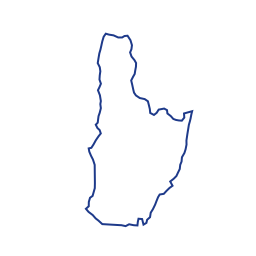 Itamari, Bahia, Brazil (Natural Earth projection), rotated 161°
{"feature_id": "56859067B3442577657956", "entity_name": "Itamari", "entity_type": "district", "adm_level": 2, "iso_a3": "BRA", "parent_name": "Brazil", "parent_adm1": "Bahia", "projection": "natural_earth1", "projection_center": [-39.673, -13.781], "detail": "fine", "context": "isolated", "style": "outline", "palette": "blue", "viewbox_px": 256, "rotation_deg": 161, "n_neighbors": 0, "source": "geoboundaries", "source_scale": "gbopen_adm2", "svg_char_len": 1667}
<svg xmlns="http://www.w3.org/2000/svg" viewBox="0 0 256 256"><g transform="rotate(161 128 128)"><path d="M118.3,224.4L121.3,222.2L124.1,218.3L126.6,214.2L128.6,211.0L130.8,207.9L133.0,203.9L135.5,199.2L134.9,194.7L135.7,190.6L137.6,186.9L139.2,183.1L139.2,178.7L141.7,175.9L144.1,173.5L143.9,168.1L144.9,162.3L146.4,159.6L147.2,155.6L149.8,151.6L152.0,148.8L153.3,146.2L154.9,142.9L157.4,141.6L156.9,137.9L155.5,135.3L155.5,131.7L158.5,129.8L162.4,126.9L165.8,123.8L169.1,121.2L171.8,121.5L172.3,118.2L172.0,113.8L171.4,109.6L171.5,104.0L177.3,86.5L179.0,81.9L183.6,75.3L186.6,74.4L189.1,70.9L190.6,66.8L194.1,65.3L192.6,61.5L189.7,57.2L188.0,53.0L186.1,50.1L183.6,45.5L168.3,39.2L165.8,38.2L162.2,36.0L158.3,36.6L154.2,34.2L150.8,32.8L149.3,36.0L147.6,38.8L144.3,37.3L144.8,31.6L141.5,32.3L139.8,35.0L136.2,36.5L134.1,40.5L130.8,43.2L127.3,46.7L124.8,49.7L122.1,52.8L119.7,54.8L115.6,54.1L112.1,56.0L108.3,57.8L104.7,58.9L105.5,63.7L101.4,65.1L97.9,66.8L95.4,69.4L92.4,72.4L90.6,76.2L88.3,78.8L86.5,82.8L82.8,86.0L80.5,89.1L78.1,93.2L76.8,97.2L73.8,103.0L71.8,106.7L69.4,111.2L67.3,114.2L65.7,116.7L63.7,120.2L61.9,123.0L70.3,123.5L71.4,119.5L74.7,117.4L77.5,118.6L80.0,120.0L82.2,121.8L83.7,125.4L86.0,128.9L85.3,132.2L87.5,134.6L93.0,135.4L96.0,133.0L99.2,131.9L102.1,135.0L101.2,138.8L100.8,142.9L100.5,146.8L102.8,149.9L107.1,152.5L109.9,156.2L110.8,159.5L110.5,162.7L109.9,167.8L109.5,171.9L106.4,174.9L104.1,176.9L102.5,179.9L100.5,183.4L99.2,186.8L99.8,190.1L101.4,194.4L101.4,198.8L99.1,201.4L97.3,205.0L97.1,210.2L98.4,215.4L101.4,216.1L104.1,215.5L107.8,216.8L111.5,220.3L115.6,222.5L118.3,224.4Z" fill="none" stroke="#1e3a8a" stroke-width="2"/></g></svg>